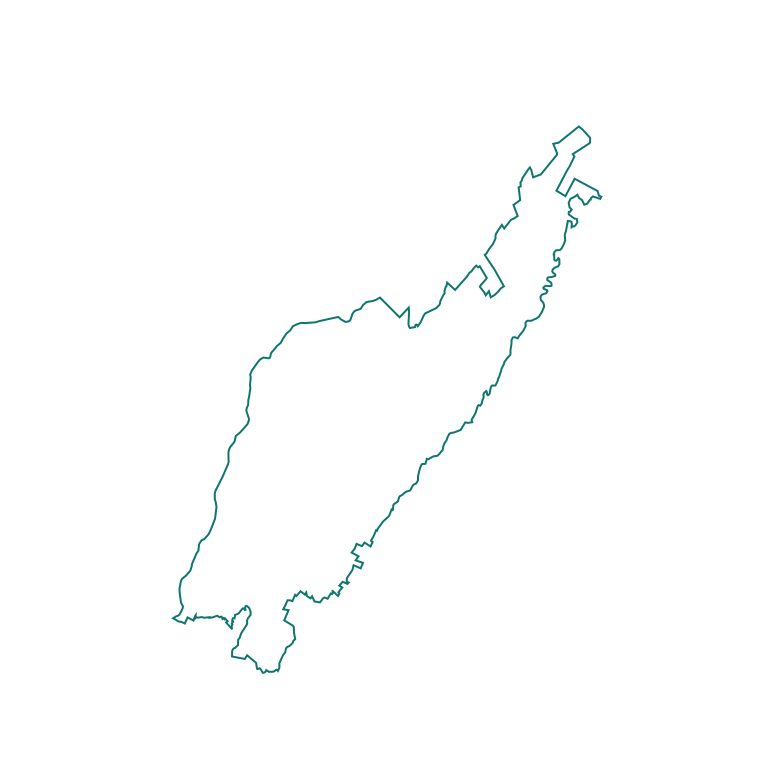 Tuxtla Chico, Chiapas, Mexico (Equal Earth projection), rotated 203°
{"feature_id": "50627088B6965194159018", "entity_name": "Tuxtla Chico", "entity_type": "district", "adm_level": 2, "iso_a3": "MEX", "parent_name": "Mexico", "parent_adm1": "Chiapas", "projection": "equal_earth", "projection_center": [-92.217, 14.877], "detail": "fine", "context": "isolated", "style": "outline", "palette": "teal", "viewbox_px": 768, "rotation_deg": 203, "n_neighbors": 0, "source": "geoboundaries", "source_scale": "gbopen_adm2", "svg_char_len": 6114}
<svg xmlns="http://www.w3.org/2000/svg" viewBox="0 0 768 768"><g transform="rotate(203 384 384)"><path d="M486.6,86.0L480.1,85.1L477.5,85.9L473.8,85.7L473.6,92.4L466.9,91.8L467.3,93.9L466.6,94.6L467.3,96.2L467.0,97.6L466.0,94.9L465.5,95.9L464.0,96.2L460.5,98.3L458.1,98.6L453.5,101.2L453.3,100.6L450.7,102.1L447.0,105.5L444.3,105.1L442.6,106.4L440.9,104.7L440.4,105.7L439.1,105.1L438.9,106.2L435.2,104.5L436.2,102.8L428.6,99.3L428.4,99.7L429.6,101.0L429.6,103.5L430.4,103.8L430.6,104.5L429.9,106.1L430.2,106.6L431.1,106.5L431.5,107.8L431.5,109.4L430.0,109.9L430.8,113.3L428.2,115.9L426.7,121.4L426.2,122.4L425.2,122.6L423.8,121.6L423.3,122.1L424.5,123.6L424.5,125.6L423.5,126.0L421.1,125.4L419.9,124.5L417.7,122.0L416.6,119.4L417.7,115.3L417.7,113.5L417.6,112.5L416.5,110.6L416.3,108.7L418.0,99.1L417.7,93.7L418.3,91.7L416.4,86.6L418.1,82.7L419.1,81.8L419.5,80.5L419.4,78.8L417.4,73.8L404.7,76.5L404.0,80.8L392.8,77.3L389.6,72.3L388.8,72.2L387.7,73.6L386.8,73.7L382.7,70.8L381.9,71.2L380.6,72.8L380.6,74.6L377.5,74.1L374.4,75.4L373.0,76.4L371.5,78.9L370.5,79.1L369.5,78.5L369.4,82.0L371.2,86.0L371.0,95.0L370.1,98.4L370.9,102.2L370.3,104.2L368.8,105.7L367.9,107.4L366.9,110.1L367.1,112.3L366.0,114.3L369.9,120.3L371.9,124.9L373.6,126.0L383.5,127.4L383.5,138.5L388.7,137.3L388.3,142.4L388.3,147.2L386.1,148.1L383.5,148.4L383.4,155.2L381.8,154.6L379.9,160.6L374.6,159.2L374.2,161.7L372.1,158.6L367.8,158.0L367.3,160.5L363.0,156.7L357.6,157.9L356.4,162.8L355.3,164.2L352.0,164.3L351.1,170.4L349.7,170.4L349.4,171.5L350.4,173.2L351.2,173.8L343.6,170.9L343.1,173.5L344.6,174.4L342.9,180.3L346.3,180.9L344.8,185.8L339.5,185.7L338.9,187.4L341.1,187.5L342.3,190.9L340.4,200.4L341.2,205.3L333.4,205.2L333.5,211.1L341.2,210.6L340.1,215.4L347.9,216.2L346.6,221.2L346.8,226.1L341.0,226.1L339.9,230.4L332.9,229.2L332.7,234.1L334.7,234.6L334.1,239.6L334.1,246.4L333.1,246.3L333.2,248.1L331.2,256.9L328.0,263.9L327.7,265.7L328.0,271.4L326.9,271.1L326.6,271.6L328.1,276.1L328.0,277.1L325.3,281.3L325.8,285.3L325.7,286.7L323.8,289.2L321.9,293.2L318.3,296.3L317.8,301.8L317.2,303.3L315.7,304.8L315.2,307.1L315.1,308.7L316.6,312.2L317.5,317.1L318.0,321.1L318.0,324.1L317.6,325.2L314.7,326.7L315.3,331.9L313.8,332.0L311.1,335.7L309.7,337.1L307.3,338.4L306.6,339.2L305.6,341.5L304.9,344.4L304.2,345.7L305.1,350.2L305.2,353.1L304.5,356.6L304.7,360.1L304.3,363.9L303.2,365.1L300.3,367.0L295.5,371.6L294.2,380.4L291.6,381.0L287.8,383.3L289.4,385.2L288.4,392.6L289.1,400.5L288.7,401.5L287.0,401.6L286.4,404.3L287.0,407.0L287.0,410.1L287.3,411.5L288.4,412.9L288.3,415.0L287.2,417.5L286.6,417.3L284.8,414.5L284.0,414.3L283.4,415.0L283.0,416.7L283.9,419.6L284.4,423.6L283.9,424.9L281.1,425.9L280.8,426.6L280.6,430.9L281.1,434.2L280.8,434.9L281.4,442.2L281.8,443.8L281.4,449.5L281.8,451.2L281.0,454.8L279.2,460.0L279.3,461.1L280.7,464.3L282.5,471.2L283.8,474.4L283.6,476.6L283.5,477.3L281.9,478.2L278.7,478.3L278.5,480.8L276.7,486.9L276.2,492.0L276.5,493.3L277.6,495.2L277.3,497.5L276.6,498.3L273.2,499.7L269.5,503.7L267.7,506.4L266.8,512.1L266.8,517.5L267.5,519.1L269.1,521.0L272.5,522.7L274.1,525.4L273.6,527.9L270.1,531.0L269.8,533.4L270.6,534.1L274.1,534.0L274.9,534.7L274.5,536.2L273.6,537.5L268.6,539.3L268.2,540.1L268.7,541.3L269.9,542.6L274.2,543.5L274.9,544.8L274.8,545.9L274.2,546.5L271.6,547.9L268.7,550.3L268.9,551.4L269.5,551.9L272.2,552.6L273.2,553.5L273.4,555.1L272.7,557.4L269.6,560.5L269.4,563.0L271.4,567.5L272.2,567.9L272.7,568.0L273.1,566.0L273.8,564.8L274.8,564.5L275.8,564.9L277.9,569.6L278.4,569.5L278.7,571.9L277.9,574.3L274.4,576.0L273.5,578.3L273.1,583.1L273.3,587.0L275.9,591.9L276.4,596.5L278.5,605.9L276.2,606.6L274.8,606.5L273.8,605.0L272.5,601.6L271.5,603.1L270.4,603.5L269.9,604.4L269.1,608.3L271.1,611.3L273.6,610.7L280.2,612.3L280.9,613.6L281.0,614.7L280.0,615.4L279.4,617.9L282.1,619.0L284.8,622.9L284.7,627.5L282.0,630.4L279.9,633.7L277.0,631.4L273.6,630.7L269.7,627.3L267.3,629.6L266.5,634.0L265.8,634.4L266.0,636.3L264.9,638.3L257.3,638.9L257.1,641.3L259.7,641.3L262.8,645.1L288.7,647.4L290.4,627.8L300.8,629.3L298.9,652.3L298.2,656.8L297.6,667.8L300.1,669.4L288.8,686.0L288.8,686.7L290.1,690.5L290.8,691.3L300.0,695.5L305.3,697.2L317.5,674.4L322.0,671.2L314.9,664.1L314.4,662.5L321.5,638.2L327.5,632.5L331.8,638.3L334.3,640.4L334.8,639.2L337.0,627.9L336.7,624.6L337.2,623.0L335.4,619.3L336.9,617.6L330.5,606.5L334.8,599.4L326.6,590.9L328.7,587.6L331.3,584.7L334.1,574.2L337.7,576.5L339.5,567.1L339.5,564.7L338.2,561.3L338.4,555.3L340.0,549.4L340.7,544.2L341.7,542.2L327.1,532.6L311.8,520.8L313.9,517.6L315.1,513.3L316.9,509.3L319.6,505.5L323.7,510.4L325.0,505.4L327.4,507.4L333.7,510.9L333.6,512.7L331.0,520.3L330.8,521.8L341.9,529.8L342.8,528.2L345.4,529.0L346.7,525.7L347.5,521.8L348.8,519.9L349.3,516.7L350.2,513.5L355.3,498.4L365.5,502.0L364.7,498.2L365.1,497.2L365.0,495.9L364.5,492.8L363.6,491.1L364.1,489.4L364.5,483.2L364.4,481.5L363.9,480.2L364.0,478.2L365.6,474.2L373.7,465.0L374.2,462.5L374.4,455.1L375.5,450.4L376.7,451.3L377.5,451.3L378.0,450.7L377.7,448.5L382.0,445.7L383.3,446.6L384.9,448.7L388.8,459.5L391.1,464.0L395.7,451.5L421.5,462.0L424.3,458.3L426.3,456.4L432.2,452.5L434.1,448.5L434.9,444.0L438.8,440.6L439.8,439.1L440.4,436.5L440.0,429.7L440.8,428.0L443.5,426.1L448.6,426.6L452.4,427.8L468.0,416.7L471.2,414.0L480.8,409.1L484.2,407.9L487.4,405.0L490.5,401.5L491.2,396.8L493.6,392.2L494.8,385.4L495.1,381.6L497.2,377.5L499.9,368.9L499.9,367.1L499.3,364.6L499.4,363.5L500.0,362.7L505.3,361.2L507.6,358.3L508.6,355.2L510.9,344.6L510.9,340.5L509.1,337.6L506.9,330.5L505.4,328.0L503.0,318.7L502.7,316.4L500.9,311.7L500.9,308.1L500.3,305.6L494.7,299.2L494.1,297.2L494.0,293.6L497.4,283.4L500.1,278.2L499.1,272.2L501.0,265.6L501.0,262.5L500.4,260.0L496.5,251.3L496.2,248.6L496.4,234.8L497.4,219.8L496.9,216.8L494.6,211.6L493.1,210.0L490.2,205.5L486.9,194.0L486.5,182.1L486.7,177.4L488.8,171.0L490.9,168.7L491.5,165.4L491.5,163.9L489.7,158.0L490.4,154.8L490.4,143.4L489.7,140.7L489.4,136.3L491.3,130.4L493.6,126.1L494.0,123.7L492.4,116.1L490.8,112.5L485.4,103.4L482.1,100.7L481.7,98.5L482.1,92.0L482.9,90.4L484.5,89.0L486.6,86.0Z" fill="none" stroke="#0f766e" stroke-width="2"/></g></svg>